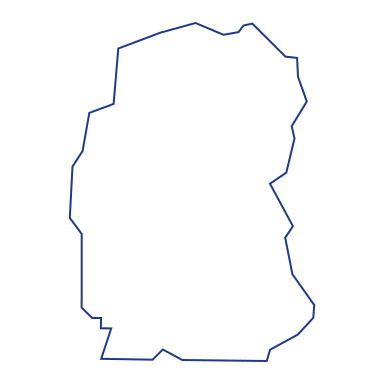 outline of White, Georgia, United States of America
{"feature_id": "52423323B49409281283083", "entity_name": "White", "entity_type": "district", "adm_level": 2, "iso_a3": "USA", "parent_name": "United States of America", "parent_adm1": "Georgia", "projection": "orthographic", "projection_center": [-83.744, 34.653], "detail": "fine", "context": "isolated", "style": "outline", "palette": "blue", "viewbox_px": 384, "rotation_deg": 0, "n_neighbors": 0, "source": "geoboundaries", "source_scale": "gbopen_adm2", "svg_char_len": 599}
<svg xmlns="http://www.w3.org/2000/svg" viewBox="0 0 384 384"><path d="M89.3,112.9L82.6,151.0L72.5,166.5L69.8,217.9L81.7,233.9L81.7,296.2L81.6,307.6L91.6,317.4L92.1,318.0L101.0,318.0L100.9,328.3L111.2,328.4L101.2,358.8L152.6,359.7L162.8,349.5L182.3,360.0L266.7,361.0L270.1,349.7L297.9,334.5L313.3,317.8L314.2,305.0L292.4,274.2L285.2,237.7L292.9,226.2L270.0,183.7L286.3,172.6L294.5,138.5L291.7,126.2L306.8,101.5L298.0,76.8L297.1,57.9L285.4,56.6L252.3,23.6L243.6,25.5L238.5,32.1L223.5,34.8L195.5,23.0L160.3,32.7L118.3,48.5L113.6,103.9L89.3,112.9Z" fill="none" stroke="#1e3a8a" stroke-width="2"/></svg>